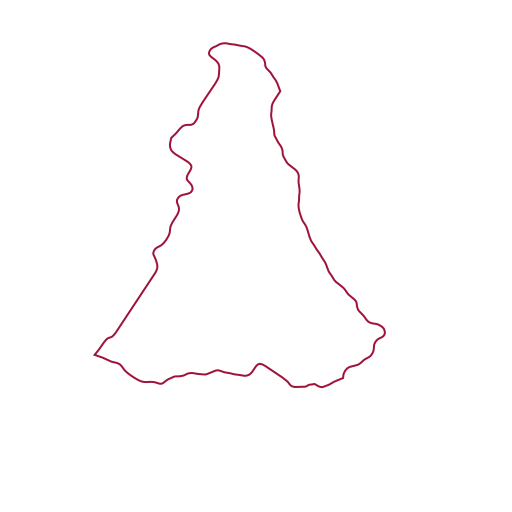 outline of Guaymate, La Romana, Dominican Republic, rotated 123°
{"feature_id": "3306468B11940370524112", "entity_name": "Guaymate", "entity_type": "district", "adm_level": 2, "iso_a3": "DOM", "parent_name": "Dominican Republic", "parent_adm1": "La Romana", "projection": "natural_earth1", "projection_center": [-68.971, 18.577], "detail": "fine", "context": "isolated", "style": "outline", "palette": "rose", "viewbox_px": 512, "rotation_deg": 123, "n_neighbors": 0, "source": "geoboundaries", "source_scale": "gbopen_adm2", "svg_char_len": 4233}
<svg xmlns="http://www.w3.org/2000/svg" viewBox="0 0 512 512"><g transform="rotate(123 256 256)"><path d="M104.6,325.4L99.8,331.9L98.1,334.7L96.6,338.5L94.2,343.7L93.1,348.6L92.5,350.3L92.0,351.0L91.5,351.7L89.0,353.7L87.8,355.0L86.9,356.4L86.5,357.2L86.0,358.9L85.5,363.6L85.3,367.2L85.2,372.0L85.4,375.6L86.1,379.1L88.5,384.4L89.9,388.2L92.1,392.6L94.0,397.2L95.7,399.5L97.0,400.9L98.5,402.0L101.0,403.3L104.8,405.7L106.5,406.4L108.3,406.6L109.1,406.6L110.8,406.2L111.6,405.8L112.3,405.2L112.9,404.3L113.4,402.4L113.8,397.1L114.2,394.9L114.9,392.9L115.3,392.1L116.5,390.6L117.9,389.4L118.7,388.9L124.2,385.8L125.9,385.0L127.9,384.5L130.0,384.3L133.3,384.1L155.1,384.5L161.5,384.3L163.6,384.0L165.6,383.4L169.6,381.3L171.4,380.5L173.4,380.1L176.5,380.1L178.4,380.3L179.4,380.6L181.0,381.6L181.6,382.2L183.4,385.0L184.5,386.3L185.9,387.5L187.6,388.4L190.6,389.1L196.9,389.9L203.1,391.4L208.3,389.4L209.9,388.6L210.8,387.9L212.4,386.3L213.6,384.3L214.2,382.0L214.5,378.3L214.2,364.4L214.5,362.1L215.2,360.1L215.8,359.2L216.6,358.6L218.5,357.9L225.5,357.5L227.4,357.0L228.3,356.6L229.0,356.0L229.6,355.2L230.0,354.3L231.0,350.4L231.8,348.4L233.1,346.7L233.9,346.0L234.9,345.5L235.8,345.3L237.6,345.3L239.4,346.0L241.1,347.3L244.3,350.4L246.0,351.8L247.9,352.7L250.0,353.0L251.9,352.8L253.6,351.9L254.2,351.3L256.8,347.7L258.4,346.3L260.2,345.3L262.3,344.8L264.4,344.5L273.3,344.4L276.5,344.0L278.6,343.5L283.4,341.1L286.6,340.3L291.1,340.1L295.6,340.5L298.8,341.4L303.4,343.9L305.4,344.4L307.4,344.4L309.3,343.8L310.1,343.3L310.7,342.7L312.6,339.6L314.6,336.9L316.1,335.2L317.7,333.6L319.6,332.4L320.7,332.0L322.8,331.5L325.1,331.3L397.1,331.9L400.2,332.3L402.1,332.8L402.9,333.3L405.2,335.1L405.9,335.5L407.7,336.1L411.7,336.5L420.4,336.8L426.8,337.5L424.7,328.9L423.4,320.0L422.8,318.1L421.5,314.6L421.1,312.7L421.1,310.7L421.3,309.7L421.8,308.0L423.2,304.5L423.7,302.5L424.0,300.4L424.3,297.0L424.4,292.1L424.2,287.3L423.6,283.8L422.8,281.7L421.8,279.8L418.7,275.5L417.7,273.7L416.9,271.8L415.6,267.3L414.7,265.8L413.3,264.8L409.3,263.4L407.6,262.7L402.4,259.4L401.1,258.3L398.6,254.7L396.8,252.7L395.5,251.5L391.6,249.1L389.7,247.0L388.7,245.4L386.3,240.0L383.7,235.1L382.7,233.6L381.3,232.5L374.3,227.6L373.1,226.4L372.6,225.7L371.9,223.9L370.7,219.1L368.4,213.8L367.1,209.9L365.0,205.5L363.0,201.0L362.6,200.1L361.4,198.7L359.9,197.5L359.1,197.0L357.2,196.4L355.1,196.1L349.1,196.0L347.3,195.8L345.5,195.1L344.8,194.5L344.2,193.7L343.5,191.7L343.2,188.5L343.5,168.1L344.0,162.4L344.4,160.3L345.3,157.8L345.7,156.1L345.7,155.3L345.5,154.3L345.3,153.4L344.4,151.6L338.9,143.7L337.6,142.6L335.4,141.6L331.4,137.1L331.3,134.0L331.1,132.0L330.5,130.1L330.1,129.3L329.5,128.6L324.6,125.0L323.1,124.1L318.9,122.0L310.9,116.5L308.0,118.0L306.1,118.5L303.2,118.7L301.3,118.4L300.3,118.2L299.4,117.8L297.7,116.7L293.1,112.5L291.5,111.2L290.6,110.7L288.8,110.0L284.3,108.8L282.6,108.0L279.5,106.3L277.7,105.6L276.8,105.4L273.9,105.4L272.1,105.7L270.4,106.3L266.5,108.4L265.6,108.7L263.7,109.0L261.8,109.0L260.0,108.6L258.3,107.9L255.4,106.1L253.7,105.5L251.9,105.5L251.0,105.7L250.2,106.1L248.8,107.3L247.6,108.8L247.2,109.7L246.7,111.8L246.7,113.9L246.9,116.0L247.4,118.0L249.0,121.4L249.6,123.2L249.8,124.2L249.9,126.2L249.5,128.1L248.1,131.6L247.5,133.4L246.1,139.5L245.3,141.3L244.2,142.8L243.0,144.1L240.5,146.1L240.0,146.8L239.2,148.4L238.8,150.3L238.2,155.4L237.9,157.5L237.3,159.4L235.8,163.0L235.2,164.9L234.9,167.0L234.2,174.6L233.7,176.7L233.4,177.6L231.3,181.9L230.2,184.8L229.3,186.7L228.1,188.4L224.9,192.7L223.3,195.4L221.7,199.2L219.1,204.4L217.3,209.1L215.2,213.4L213.7,217.2L212.6,219.0L210.8,221.5L206.0,227.2L204.1,229.7L203.1,231.5L201.1,236.1L199.3,238.7L196.0,242.8L193.1,245.8L191.5,247.1L189.9,248.3L186.5,249.9L181.8,252.7L179.3,253.9L177.6,254.9L175.9,256.2L171.2,260.3L169.6,261.4L166.3,263.2L165.6,263.7L164.3,265.0L163.2,266.6L162.5,268.5L162.1,270.5L161.5,278.0L161.1,280.1L160.4,281.9L157.8,286.8L156.8,288.3L156.2,288.9L153.5,290.9L152.2,292.2L151.1,293.7L150.2,295.4L149.1,298.2L148.3,299.9L145.2,305.5L144.1,306.9L141.3,308.9L139.8,310.2L133.3,316.9L131.0,319.0L129.4,320.2L126.0,321.9L122.1,324.2L121.3,324.5L119.4,325.1L116.5,325.4L104.6,325.4Z" fill="none" stroke="#9f1239" stroke-width="2"/></g></svg>